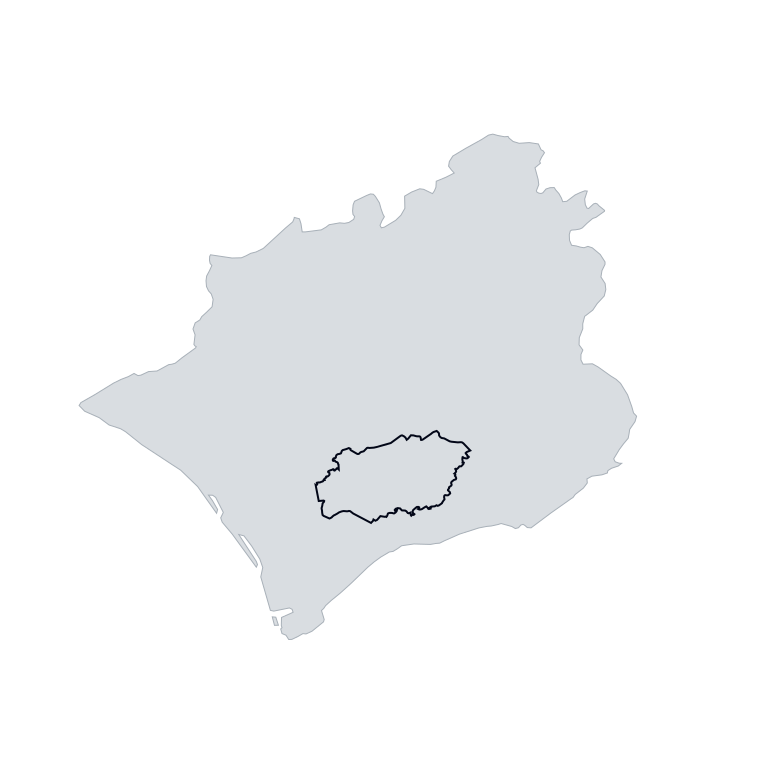 N'zi-Comoé on a map of Ivory Coast (Equal Earth projection), rotated 61°
{"feature_id": "CIV-3452", "entity_name": "N'zi-Comoé", "entity_type": "Department", "adm_level": 1, "iso_a3": "CIV", "parent_name": "Ivory Coast", "parent_adm1": "", "projection": "equal_earth", "projection_center": [-4.27, 7.107], "detail": "fine", "context": "in_parent", "style": "outline", "palette": "ink", "viewbox_px": 768, "rotation_deg": 61, "n_neighbors": 0, "source": "natural_earth", "source_scale": "10m", "svg_char_len": 8352}
<svg xmlns="http://www.w3.org/2000/svg" viewBox="0 0 768 768"><g transform="rotate(61 384 384)"><path d="M227.6,155.5L229.6,155.4L234.5,153.5L239.0,149.1L243.3,139.9L248.9,132.6L255.3,133.1L257.2,131.8L259.5,131.5L262.1,136.3L264.8,140.0L266.7,140.1L268.1,147.1L279.7,150.0L284.7,152.0L288.9,157.1L290.3,157.2L292.1,156.1L293.5,154.3L293.8,152.4L292.0,147.8L292.8,143.6L294.7,139.9L297.7,139.7L302.2,138.7L307.4,138.7L311.2,139.3L312.8,135.6L311.3,125.2L311.7,119.5L312.4,114.7L313.8,112.7L319.5,118.8L324.8,121.0L328.6,121.2L329.7,120.0L328.1,113.4L328.5,111.4L329.9,110.2L332.4,109.6L339.1,106.9L339.8,107.4L341.0,117.8L340.4,121.2L341.8,128.3L343.6,134.9L343.4,137.6L342.0,141.7L340.3,145.4L340.5,146.9L343.1,149.5L348.3,152.1L353.6,152.7L356.5,148.9L359.6,145.8L361.8,143.0L362.5,138.9L365.9,135.8L375.5,132.1L384.4,131.5L386.5,132.7L390.5,138.4L395.6,142.4L403.3,141.9L408.9,144.2L413.8,148.7L417.0,158.5L420.6,165.6L422.1,175.7L427.7,181.0L432.1,183.4L438.1,190.7L444.3,194.4L450.7,193.6L453.6,197.4L458.4,200.1L463.2,200.3L467.4,191.9L472.9,188.5L486.9,181.8L492.5,178.7L498.1,176.8L511.5,176.2L524.1,178.3L530.3,179.8L534.6,178.7L538.6,182.7L542.8,191.1L546.3,193.8L549.8,196.7L552.4,203.4L555.4,210.0L557.1,212.9L560.8,219.4L564.1,219.5L567.3,216.7L568.6,214.6L569.3,218.9L568.0,225.9L568.3,230.2L570.1,231.8L569.1,237.4L565.4,246.9L565.4,252.5L569.1,254.2L571.7,260.1L573.3,270.3L574.9,273.7L575.0,275.8L577.7,300.4L581.1,325.1L579.0,328.3L576.1,329.3L574.2,330.4L573.7,332.7L574.9,336.1L574.1,339.2L570.6,341.3L562.8,349.2L562.2,352.3L560.2,359.0L558.4,363.1L555.9,370.7L551.9,390.7L550.4,407.3L550.2,412.4L548.6,416.0L546.8,421.2L538.4,435.4L534.0,447.0L534.6,452.1L534.8,457.2L533.5,460.8L533.8,470.7L534.8,478.9L536.4,487.0L542.5,509.9L545.7,523.8L547.7,535.0L549.5,542.5L551.1,545.6L551.8,548.5L561.0,550.5L562.7,552.2L565.3,566.8L564.8,573.4L563.0,575.9L563.1,581.5L562.7,588.4L561.3,591.2L556.2,591.5L552.8,594.2L548.2,593.1L547.7,591.4L545.3,590.8L538.5,586.8L539.6,574.2L536.5,573.6L534.0,575.3L529.2,590.5L526.9,593.1L493.0,585.3L485.7,579.0L476.9,577.5L461.5,578.3L448.9,580.1L445.2,584.0L477.2,581.7L480.6,582.2L482.3,584.5L441.8,589.5L426.4,592.5L421.9,591.7L418.4,586.8L401.6,586.2L398.2,587.8L396.1,591.4L402.7,590.6L413.1,590.4L415.9,593.1L383.4,596.7L360.8,603.6L351.2,608.7L319.6,625.3L300.4,633.2L295.4,636.1L286.6,644.3L275.4,649.4L262.7,659.0L255.0,661.1L253.3,658.1L253.1,641.8L252.1,620.1L252.5,611.8L253.6,604.0L253.6,597.5L257.4,595.1L258.4,592.3L259.0,583.9L262.6,576.2L262.7,562.9L263.8,560.1L264.6,556.5L263.1,547.7L261.1,531.2L260.2,530.1L259.3,530.8L257.3,531.1L249.4,525.4L243.3,524.4L239.0,519.5L238.7,514.0L236.7,510.7L235.2,504.3L233.1,496.9L227.1,492.4L221.5,491.4L217.4,492.3L212.7,492.0L207.4,489.6L203.6,486.8L200.1,481.4L196.9,477.1L194.2,477.6L191.1,476.6L187.9,474.6L186.9,473.1L200.1,455.9L204.5,447.5L205.0,442.4L205.1,437.2L206.5,431.9L206.9,423.8L199.8,394.4L198.0,385.3L196.0,382.7L194.8,381.7L198.5,377.9L203.5,378.9L211.3,381.8L212.9,378.9L218.8,364.1L218.7,358.6L218.1,354.8L221.6,344.6L224.3,340.7L225.7,336.4L225.3,330.7L223.3,328.5L220.6,328.9L217.3,327.5L212.4,324.2L209.9,321.2L210.7,307.8L211.2,303.7L212.9,301.3L215.7,300.6L223.3,300.2L229.5,301.7L235.0,302.6L237.9,302.6L240.2,306.6L243.3,310.6L246.1,310.6L247.0,307.6L246.5,294.4L244.6,287.4L240.5,280.6L229.7,274.9L229.5,266.8L230.6,258.1L233.0,254.9L241.0,249.3L239.6,246.4L237.1,243.2L232.0,240.0L233.2,229.6L233.5,220.3L229.2,221.3L224.8,221.9L221.1,219.0L218.0,213.3L217.5,197.8L217.5,179.9L217.0,171.9L218.2,167.7L222.0,163.8L226.2,158.7L227.6,155.5ZM543.8,593.3L542.0,596.8L533.5,594.6L535.5,591.7L543.8,593.3Z" fill="#d9dde1" stroke="#a8b0b8" stroke-width="1"/><path d="M499.2,462.7L482.4,473.7L478.9,475.2L478.3,475.8L478.0,476.3L477.9,476.8L477.7,477.4L477.4,478.1L475.8,480.5L475.4,481.2L474.9,482.9L474.6,484.8L474.5,485.9L474.6,486.5L474.7,488.0L474.7,488.5L474.7,489.5L474.7,490.5L474.6,491.4L474.9,493.3L475.2,494.1L475.3,494.6L475.3,495.7L475.2,496.9L470.0,500.8L468.6,501.2L468.3,501.0L466.9,500.6L464.7,499.6L462.6,498.9L462.2,498.6L461.9,498.4L461.4,497.8L459.8,496.4L458.9,495.8L458.7,495.5L458.5,495.2L458.2,494.3L458.1,493.9L457.8,493.5L457.3,493.0L457.0,493.1L456.7,493.3L454.7,497.8L439.3,492.8L439.7,492.6L439.7,492.2L439.6,491.6L439.4,491.1L439.1,490.8L438.8,490.7L438.1,490.9L437.9,490.8L437.8,490.5L438.4,488.8L438.6,488.5L438.9,488.1L439.1,487.4L439.2,486.1L439.4,485.4L439.5,484.8L439.4,484.4L438.7,483.5L438.7,483.2L439.0,483.0L439.2,482.7L439.3,482.4L439.0,482.3L438.3,482.3L438.0,482.1L437.9,481.6L437.9,480.8L437.9,480.3L437.6,479.9L437.2,479.8L437.0,479.6L436.9,479.2L437.1,478.8L437.3,478.7L437.5,478.4L437.5,477.7L437.2,476.3L436.8,475.6L436.4,475.3L435.4,474.9L435.1,475.0L434.5,475.3L434.2,475.5L433.8,475.5L433.5,475.3L433.3,474.8L433.4,473.6L433.5,472.6L433.8,471.2L433.8,469.9L434.0,469.6L434.3,469.4L435.3,469.6L435.6,469.4L435.8,469.1L435.6,468.4L435.5,468.0L435.3,467.6L435.3,466.7L435.1,466.4L434.9,466.2L434.9,465.8L435.1,465.5L436.8,465.0L432.3,462.8L432.0,462.8L431.7,462.9L431.4,462.9L430.5,462.6L430.2,462.7L429.9,462.8L429.6,463.0L429.3,463.2L428.8,463.7L428.5,463.9L428.2,464.1L427.4,464.1L427.0,464.2L426.8,464.4L426.7,464.8L426.7,465.2L426.7,465.6L426.4,465.8L426.1,465.8L425.8,465.7L425.4,465.5L425.1,465.1L424.7,464.4L424.7,463.6L424.8,463.3L425.0,463.1L425.1,462.8L425.1,462.3L425.0,461.9L424.8,461.6L424.4,461.5L424.0,461.2L423.1,460.0L423.0,459.4L423.0,458.3L423.4,457.3L423.6,456.3L423.7,455.9L423.8,455.5L423.6,455.0L423.0,454.4L422.5,453.8L422.1,453.4L421.8,452.2L422.6,448.7L422.9,446.6L422.9,446.2L423.0,445.8L424.4,444.8L424.9,445.2L425.2,445.2L425.7,445.2L431.7,441.6L432.2,441.2L432.5,440.9L432.7,440.5L432.9,439.9L432.8,439.2L432.4,438.0L432.4,437.4L432.4,436.8L432.8,435.5L432.9,434.8L433.0,434.3L432.4,432.3L431.8,430.3L431.8,430.2L431.7,429.8L431.8,429.4L432.0,428.9L432.8,427.9L434.8,423.6L435.0,422.8L435.5,421.2L438.9,406.8L438.8,405.8L437.4,394.9L437.4,394.0L437.7,393.1L438.8,392.3L439.6,391.8L441.3,391.2L443.8,391.2L443.6,389.9L443.5,389.3L441.9,385.3L443.3,383.1L444.9,381.5L445.3,381.1L446.0,380.1L446.6,379.0L446.9,378.5L447.3,378.1L447.7,377.9L448.1,377.9L448.5,377.9L450.5,378.6L450.9,378.7L451.2,378.1L451.4,377.2L450.4,366.9L450.2,366.0L450.1,365.5L450.0,364.0L450.6,360.7L453.1,359.9L453.6,359.9L454.2,360.0L455.6,360.7L456.4,360.7L457.2,360.6L458.2,360.3L459.2,359.7L460.8,357.7L465.9,354.4L467.1,353.1L470.8,347.8L472.2,344.9L472.6,344.4L473.1,343.9L474.5,343.3L484.0,340.8L483.6,344.7L484.0,346.1L484.9,346.1L486.0,345.7L486.9,345.9L487.6,346.0L488.2,345.3L488.9,345.2L489.4,346.9L489.2,347.7L488.7,348.5L487.6,349.8L486.7,350.3L486.1,350.5L486.1,350.8L487.2,351.6L488.1,352.1L490.0,352.7L490.7,353.4L491.5,352.4L492.4,353.3L492.6,353.9L493.0,354.9L493.4,356.4L493.2,356.8L492.9,357.4L492.6,357.9L492.7,358.4L493.1,359.2L493.3,359.6L493.7,361.3L493.6,361.9L492.9,362.3L492.9,362.9L494.3,362.9L495.3,363.2L496.0,364.1L496.5,365.9L497.2,365.4L497.8,365.5L498.3,365.8L498.7,366.5L500.0,366.3L501.4,366.5L502.2,367.4L501.8,369.4L502.3,372.3L503.1,373.3L504.7,373.6L505.4,374.2L505.7,375.5L505.7,376.7L506.0,377.3L506.7,377.6L507.1,378.3L507.4,379.2L508.0,379.6L510.6,378.8L511.8,379.2L512.4,381.7L512.0,382.8L510.8,384.4L510.9,385.3L511.4,385.8L512.1,386.3L513.0,386.6L513.7,386.8L514.3,387.1L514.5,387.7L514.7,388.3L516.2,391.1L516.4,391.2L516.8,394.8L516.6,396.1L515.5,396.9L515.6,398.9L514.7,400.8L514.1,402.1L514.2,404.0L514.7,403.8L515.1,403.5L515.2,404.0L515.5,404.0L515.1,405.4L514.6,405.8L513.3,405.9L511.6,406.3L511.5,406.9L511.6,409.4L511.7,410.4L511.8,411.3L511.6,412.4L511.2,413.5L510.9,414.0L510.5,414.3L509.8,414.8L509.5,413.3L508.9,413.0L508.1,413.6L507.5,414.8L507.6,415.9L508.2,418.7L508.4,419.6L509.0,420.4L509.7,420.9L511.6,421.3L511.6,421.1L512.0,420.7L512.6,420.5L512.8,421.0L512.8,421.6L512.6,422.1L512.3,422.4L512.0,422.6L512.4,424.0L511.6,424.1L509.3,423.1L509.1,425.0L508.3,425.8L506.2,426.1L505.0,426.8L504.4,427.7L503.8,428.8L503.1,429.7L500.7,430.2L499.2,432.1L498.8,434.3L499.4,435.7L500.0,435.8L500.5,433.8L501.4,434.7L502.0,436.3L502.1,437.9L501.6,438.6L500.9,439.2L500.1,440.4L499.3,442.0L499.2,443.4L499.7,443.9L500.8,445.1L501.4,446.4L500.7,446.9L500.6,447.6L497.8,451.2L499.5,455.9L499.4,457.8L497.4,458.9L498.3,459.9L498.7,461.0L499.0,462.3L499.2,462.7Z" fill="none" stroke="#020617" stroke-width="2"/></g></svg>